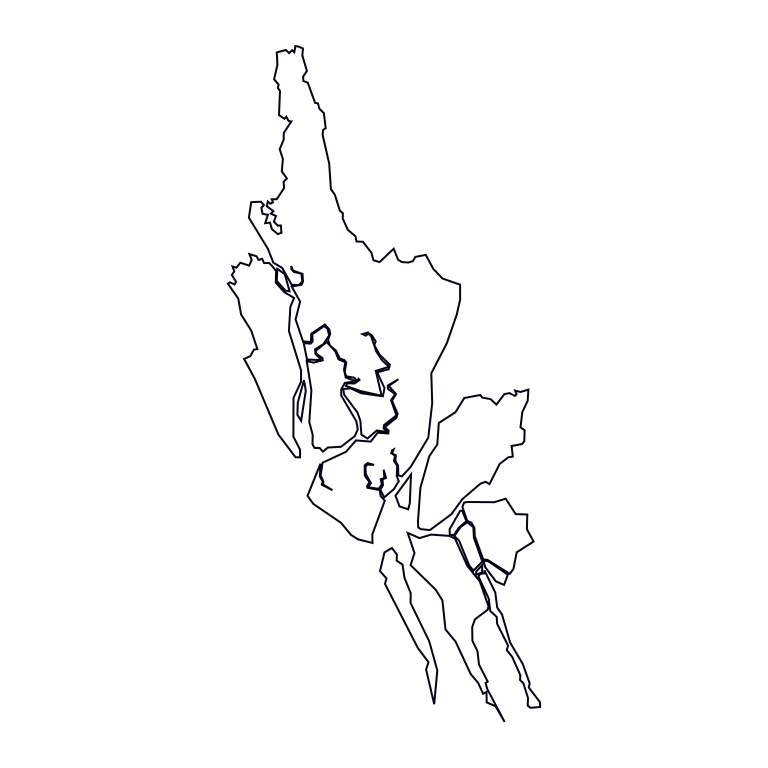 Sittwe, Rakhine, Myanmar
{"feature_id": "60261553B78069071602625", "entity_name": "Sittwe", "entity_type": "district", "adm_level": 2, "iso_a3": "MMR", "parent_name": "Myanmar", "parent_adm1": "Rakhine", "projection": "robinson", "projection_center": [92.892, 20.402], "detail": "fine", "context": "isolated", "style": "outline", "palette": "ink", "viewbox_px": 768, "rotation_deg": 0, "n_neighbors": 0, "source": "geoboundaries", "source_scale": "gbopen_adm2", "svg_char_len": 6124}
<svg xmlns="http://www.w3.org/2000/svg" viewBox="0 0 768 768"><path d="M251.2,202.2L248.9,217.7L268.0,249.0L273.3,262.6L282.2,267.9L291.7,284.8L299.0,285.1L302.3,281.5L301.4,273.7L293.8,271.9L291.4,269.2L291.2,266.0L293.0,270.5L302.5,273.9L303.0,281.4L301.6,284.7L291.7,286.6L300.1,301.6L295.6,319.4L303.0,341.4L310.9,342.0L311.3,333.7L324.9,324.5L329.2,329.3L330.3,333.9L328.0,339.5L329.8,345.4L335.9,350.5L339.8,358.6L344.2,360.0L346.3,362.6L344.7,371.8L346.2,376.3L354.2,377.7L357.4,381.1L358.5,378.8L359.5,380.0L354.5,383.5L347.1,383.3L345.9,385.9L360.8,391.1L381.6,395.7L375.8,370.9L389.1,366.7L382.2,360.5L376.3,351.5L371.0,336.0L368.4,333.5L365.8,335.7L362.5,334.1L367.8,332.5L372.0,335.6L375.7,341.4L374.3,345.1L379.7,354.8L389.8,364.6L388.6,369.2L377.2,372.4L384.5,388.1L382.9,396.3L361.1,393.2L350.8,388.4L343.2,389.0L344.2,394.7L357.5,412.6L360.4,420.9L361.4,434.7L367.5,438.5L376.7,430.5L387.0,431.9L383.6,428.3L384.1,425.0L396.4,415.4L391.1,400.3L395.2,394.1L388.0,389.0L387.7,385.6L398.4,379.3L388.8,385.9L396.0,394.0L392.0,400.7L397.6,413.8L396.4,417.8L384.8,427.1L388.6,430.7L388.3,433.5L377.7,432.7L370.7,441.6L356.0,440.4L346.0,451.8L322.6,462.7L320.6,475.5L323.4,481.6L323.0,484.4L332.5,490.2L321.8,484.7L322.7,481.5L319.9,476.5L320.5,463.7L307.5,495.8L313.3,503.9L341.0,522.8L351.1,535.0L358.2,539.4L372.5,543.0L372.3,534.5L384.8,500.7L380.7,496.1L379.7,490.1L367.3,487.7L367.0,486.2L369.5,482.2L364.8,475.6L364.7,465.4L367.6,463.1L374.1,464.9L367.2,464.6L365.4,467.1L365.8,474.1L370.9,483.1L368.1,487.3L378.6,488.8L381.8,484.5L380.7,479.2L384.4,478.1L383.7,469.7L386.0,477.9L382.6,479.4L382.9,485.4L380.3,489.7L384.2,497.4L393.8,489.2L398.8,481.2L396.7,476.0L397.3,465.8L394.0,461.0L395.0,455.7L391.2,453.1L392.0,450.4L393.6,449.5L392.0,453.4L395.9,455.4L395.3,460.6L398.1,465.8L398.3,475.3L401.9,476.4L410.8,466.7L428.3,437.6L432.2,403.3L431.3,373.3L446.8,343.3L456.7,314.8L460.1,299.7L460.1,284.7L442.5,278.5L433.3,268.9L425.8,254.9L415.4,256.9L412.9,261.1L408.5,262.5L402.0,262.1L398.0,259.6L393.7,248.7L379.6,262.1L373.4,260.2L371.5,252.9L362.9,241.8L356.5,241.5L355.5,236.3L347.8,229.8L342.7,218.5L342.9,213.2L339.8,210.6L334.9,194.8L330.9,189.2L329.2,163.6L322.6,134.8L323.1,129.9L325.7,128.2L323.9,113.2L319.4,108.7L317.9,103.3L315.1,102.9L307.8,82.7L303.4,81.0L303.1,76.6L306.9,71.0L302.3,55.3L303.0,48.5L297.9,46.4L295.4,46.1L294.3,52.2L292.2,50.2L289.1,53.1L285.9,50.0L276.8,52.4L277.4,64.8L274.1,79.3L278.6,84.6L277.9,87.9L280.0,91.1L279.0,115.0L284.4,118.8L286.3,116.8L288.7,121.1L291.4,121.4L283.8,132.9L283.7,139.6L279.7,149.2L282.9,159.0L281.8,171.4L286.9,178.5L283.6,181.7L284.1,188.0L276.8,199.2L271.7,199.3L273.0,202.3L270.5,203.7L267.8,201.5L266.9,206.3L273.4,211.2L270.8,213.6L276.0,216.0L273.9,221.5L277.7,225.6L280.9,225.5L281.4,232.8L277.8,234.1L271.9,229.2L270.0,222.6L265.2,223.2L267.9,214.8L262.5,213.8L261.4,207.7L264.0,205.1L260.9,201.7L251.2,202.2ZM480.3,395.0L464.3,398.0L455.5,412.2L438.8,423.0L437.3,444.4L429.3,456.2L420.4,487.9L418.0,520.7L418.2,527.4L420.6,529.1L429.9,530.1L451.4,514.2L462.3,499.2L480.4,483.7L485.6,481.8L489.5,484.1L499.7,463.9L508.3,457.3L512.8,456.6L511.6,446.0L522.2,444.0L524.3,441.1L524.6,430.2L520.5,427.4L522.3,412.1L527.7,400.7L528.4,389.6L520.5,392.0L515.1,390.6L516.6,394.2L514.8,395.9L509.5,393.1L504.4,394.1L496.4,404.6L490.6,399.1L482.2,397.6L480.3,395.0ZM251.1,330.3L257.4,349.1L253.8,349.7L250.3,356.2L244.1,358.9L254.9,379.0L278.4,434.6L295.5,457.2L300.0,457.4L300.1,449.7L293.4,436.7L293.5,397.9L301.0,381.8L301.1,370.5L288.9,331.0L290.4,306.7L294.1,298.0L284.2,292.1L275.8,282.6L276.1,271.0L271.9,265.7L269.1,263.0L264.1,263.1L262.1,258.8L258.5,259.9L256.6,256.3L249.4,254.1L251.7,259.8L249.2,265.6L240.3,262.7L236.5,267.7L232.5,266.5L234.3,271.4L231.8,274.9L236.1,281.8L234.5,284.4L229.9,282.3L227.9,283.7L238.3,298.6L241.1,314.5L251.1,330.3ZM419.5,538.1L407.7,532.9L414.5,553.0L410.6,565.1L435.7,589.7L442.4,600.4L445.5,629.5L455.5,641.5L470.7,674.0L478.3,683.2L483.1,693.8L486.5,691.9L486.7,702.4L495.5,706.2L504.6,721.9L487.2,688.9L485.6,683.0L487.7,681.6L479.0,664.5L477.5,651.3L472.4,640.7L472.2,627.1L474.9,619.4L487.7,609.7L488.5,606.3L479.8,581.4L467.3,565.8L455.0,538.6L449.4,535.9L431.1,534.6L419.5,538.1ZM345.3,362.3L338.5,359.3L335.1,351.1L326.6,342.0L315.7,350.9L316.2,353.7L322.5,358.0L322.7,360.3L313.5,362.6L306.7,361.0L311.4,390.3L309.3,422.1L312.7,434.8L312.5,444.3L314.5,447.9L319.7,448.0L322.9,451.7L327.9,447.5L341.0,446.8L354.9,436.0L357.8,429.3L356.3,421.2L341.2,395.5L341.2,389.5L344.8,382.9L356.0,381.4L345.7,377.4L344.0,369.8L345.3,362.3ZM515.7,514.1L505.7,498.7L494.2,502.2L466.8,502.0L464.1,502.7L462.4,506.9L467.3,521.0L471.2,522.5L474.3,527.6L474.8,536.2L483.2,559.4L487.6,559.9L509.7,573.8L513.4,569.1L516.7,552.3L533.6,541.5L526.9,529.3L527.3,514.5L515.7,514.1ZM391.9,548.0L384.5,552.4L380.0,571.1L386.5,578.4L385.0,583.9L417.9,648.1L428.5,662.2L426.1,669.5L434.2,704.2L437.3,670.4L429.2,641.2L410.6,603.1L410.7,593.1L404.5,577.9L402.5,564.5L396.7,560.7L396.9,554.5L391.9,548.0ZM495.3,592.6L484.4,570.3L484.5,573.3L479.9,574.0L478.5,576.6L488.8,598.7L490.2,610.9L496.7,616.9L497.1,623.7L508.1,645.7L506.7,650.0L512.1,656.7L520.3,675.1L520.1,680.1L523.3,683.1L528.0,698.0L527.7,705.6L530.5,707.8L540.1,707.0L540.0,702.2L528.8,687.5L529.7,683.4L522.7,663.8L510.1,642.5L502.1,614.7L497.2,607.5L495.3,592.6ZM473.5,570.5L482.3,561.6L473.9,537.7L473.4,527.2L467.2,522.2L460.6,527.0L454.4,536.0L459.1,540.7L469.3,565.7L473.5,570.5ZM323.4,344.1L329.2,335.4L327.5,328.7L324.1,326.1L312.3,334.3L312.6,341.5L310.7,343.6L303.7,343.2L307.0,359.5L321.4,360.1L315.4,353.7L315.1,349.3L323.4,344.1ZM408.2,509.3L409.8,503.3L411.0,474.5L395.5,495.7L399.5,506.4L408.2,509.3ZM504.1,584.9L507.8,574.6L488.3,561.3L483.3,560.8L485.3,567.3L495.9,581.4L504.1,584.9ZM301.1,420.9L305.8,390.7L304.0,380.1L297.8,402.5L297.4,414.8L301.1,420.9ZM453.9,535.1L458.9,527.6L466.4,521.2L462.2,510.6L460.1,510.9L449.6,529.3L449.8,534.6L453.9,535.1ZM289.6,291.3L284.8,274.2L277.3,268.8L276.8,281.0L285.4,290.6L289.6,291.3ZM476.3,574.8L482.1,572.2L482.2,565.1L476.2,571.5L476.3,574.8Z" fill="none" stroke="#020617" stroke-width="2"/></svg>